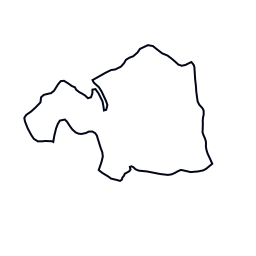 Komo-Mondah, Estuaire, Gabon (Robinson projection), rotated 331°
{"feature_id": "22940354B10433800471916", "entity_name": "Komo-Mondah", "entity_type": "district", "adm_level": 2, "iso_a3": "GAB", "parent_name": "Gabon", "parent_adm1": "Estuaire", "projection": "robinson", "projection_center": [9.643, 0.423], "detail": "fine", "context": "isolated", "style": "outline", "palette": "ink", "viewbox_px": 256, "rotation_deg": 331, "n_neighbors": 0, "source": "geoboundaries", "source_scale": "gbopen_adm2", "svg_char_len": 1844}
<svg xmlns="http://www.w3.org/2000/svg" viewBox="0 0 256 256"><g transform="rotate(331 128 128)"><path d="M215.3,101.0L208.7,100.7L205.2,99.6L202.8,97.0L201.5,93.1L200.0,89.0L197.7,83.8L194.1,79.3L191.4,73.1L189.5,68.4L185.6,65.2L176.9,64.6L172.9,66.6L167.4,67.8L163.4,67.2L159.2,67.4L155.9,69.4L151.6,70.9L145.2,70.6L141.3,69.1L135.0,68.8L120.2,68.9L120.1,71.8L122.3,78.1L122.6,83.2L121.9,93.5L121.1,97.9L117.8,101.5L115.5,101.0L117.1,96.9L118.6,92.4L118.8,87.9L119.0,83.6L118.4,78.2L115.5,77.2L113.6,80.5L110.5,83.2L107.4,82.5L106.2,78.7L104.5,75.7L102.7,72.9L101.2,69.3L101.3,66.7L99.2,64.0L97.3,60.0L94.9,55.7L91.9,54.4L88.0,55.9L81.3,59.6L77.5,60.2L74.3,59.2L70.4,58.2L66.9,59.0L63.8,63.2L56.8,65.3L51.3,66.6L45.3,67.2L42.2,68.9L41.1,72.2L40.1,79.6L40.0,87.5L40.4,91.9L42.7,96.0L46.0,97.8L49.6,99.4L55.3,102.9L55.9,103.9L59.9,98.9L64.9,93.5L68.6,90.4L72.0,88.5L76.9,90.0L77.7,92.9L78.1,98.4L78.6,102.2L80.1,106.5L82.0,109.0L84.5,110.7L88.8,112.0L91.9,112.1L95.1,113.8L96.8,116.6L97.1,119.5L96.1,124.0L95.2,128.5L94.4,132.3L93.7,136.9L92.1,140.8L88.3,144.9L82.0,150.6L83.7,154.7L87.3,161.0L88.7,164.1L92.9,167.9L95.4,170.4L97.5,170.2L99.2,168.6L101.3,167.8L103.1,166.4L104.7,166.5L108.2,166.4L110.0,165.6L110.8,162.9L112.5,163.2L113.7,164.9L114.6,167.8L116.7,170.5L123.4,175.1L133.9,183.9L140.2,188.4L143.7,189.7L146.8,190.0L150.6,190.0L153.9,190.3L155.6,191.7L158.6,194.4L161.4,196.9L168.3,200.0L173.2,201.5L176.4,201.6L184.4,200.1L185.0,192.3L185.2,189.1L186.0,185.2L187.2,181.8L188.7,179.4L189.7,177.2L190.3,173.9L190.6,170.5L191.1,167.9L192.9,165.0L195.6,160.4L197.1,157.5L198.8,155.1L200.8,152.8L202.6,149.4L202.7,146.6L202.1,144.3L201.6,142.0L201.8,138.5L203.7,133.5L205.6,128.7L207.3,125.2L208.8,121.7L210.4,117.8L212.6,113.2L215.5,107.1L216.0,105.0L215.8,102.9L215.3,101.0Z" fill="none" stroke="#020617" stroke-width="2"/></g></svg>